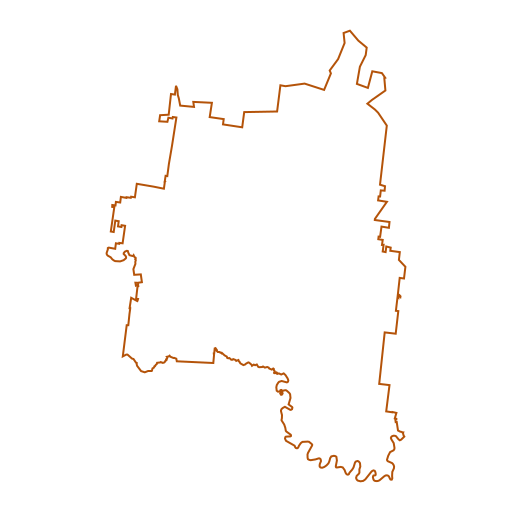 González, Tamaulipas, Mexico
{"feature_id": "50627088B9709578345149", "entity_name": "González", "entity_type": "district", "adm_level": 2, "iso_a3": "MEX", "parent_name": "Mexico", "parent_adm1": "Tamaulipas", "projection": "robinson", "projection_center": [-98.554, 22.79], "detail": "fine", "context": "isolated", "style": "outline", "palette": "amber", "viewbox_px": 512, "rotation_deg": 0, "n_neighbors": 0, "source": "geoboundaries", "source_scale": "gbopen_adm2", "svg_char_len": 6087}
<svg xmlns="http://www.w3.org/2000/svg" viewBox="0 0 512 512"><path d="M405.4,266.8L398.9,259.9L399.8,252.1L390.3,250.8L390.7,247.6L386.3,246.5L385.6,252.1L382.7,251.5L383.6,244.8L382.0,244.9L382.7,239.9L378.3,239.2L378.6,236.6L380.1,236.8L381.5,226.6L388.9,227.8L389.5,222.0L374.8,220.0L374.9,218.9L386.9,201.8L378.1,200.4L378.6,196.4L380.1,196.5L380.8,190.4L384.6,190.7L385.0,186.2L380.0,184.7L386.8,125.6L378.1,112.7L374.9,109.5L367.4,103.7L372.0,99.9L385.4,90.5L384.3,78.1L385.2,77.8L381.9,73.1L372.3,71.3L367.9,87.9L356.9,83.9L359.9,66.7L365.7,55.1L366.7,47.6L358.3,40.6L349.9,30.7L343.6,33.0L344.6,43.0L338.1,59.1L329.7,70.5L330.9,73.4L324.1,89.9L304.6,83.6L285.5,86.2L280.4,85.3L277.1,111.5L244.2,112.1L242.2,127.3L223.0,124.4L223.7,119.1L209.7,117.1L211.9,102.8L193.3,101.9L194.0,106.9L180.2,105.6L178.8,98.3L177.8,95.0L177.4,89.3L176.0,85.8L174.9,94.6L171.0,94.0L168.7,114.7L160.1,115.2L159.2,121.3L167.4,121.8L168.4,117.7L172.5,118.5L172.8,117.0L176.4,117.5L172.0,145.8L168.9,163.9L167.3,176.1L165.6,175.8L164.8,181.2L165.1,181.4L164.6,182.0L164.8,182.2L163.9,188.7L153.4,186.6L136.8,183.8L134.9,197.3L131.1,196.7L130.8,197.8L126.5,197.2L126.4,197.9L120.9,196.9L120.2,202.5L115.9,201.9L115.5,205.4L112.3,205.0L112.2,206.9L114.3,207.2L110.8,231.5L113.7,232.0L115.3,220.6L118.7,221.2L118.0,226.4L121.4,227.0L121.6,225.2L125.1,225.8L122.6,243.3L119.3,242.9L119.2,243.8L115.9,243.3L115.2,248.8L108.8,247.6L108.0,247.9L107.8,248.1L107.9,249.2L106.7,252.7L106.6,253.7L106.9,254.6L107.7,255.6L110.7,257.3L112.2,259.2L113.6,260.3L115.1,261.1L120.1,261.4L123.6,260.2L125.9,258.3L126.1,257.8L126.0,256.8L125.4,255.7L123.7,254.0L123.7,253.2L124.8,251.7L126.8,250.8L127.8,251.0L128.3,252.7L129.5,255.2L132.5,256.0L133.2,255.8L133.6,255.2L134.5,257.1L135.6,257.7L135.7,258.6L135.2,259.2L135.8,260.1L135.3,261.9L135.4,263.9L133.4,269.1L134.2,274.8L140.8,274.4L141.9,282.2L137.6,282.8L135.4,282.7L135.9,285.6L138.1,284.6L138.3,286.3L137.5,286.7L136.1,298.8L138.0,299.0L137.5,300.8L137.3,301.1L131.2,297.8L129.6,308.0L130.2,307.9L130.2,308.7L129.5,313.7L128.3,325.2L126.7,325.2L122.8,356.4L126.2,354.6L127.5,354.6L132.0,358.6L133.5,359.0L136.0,362.7L136.7,362.9L136.7,364.3L137.1,365.8L141.1,371.1L144.8,372.3L148.1,371.0L151.6,371.0L151.9,370.8L152.5,368.4L153.8,367.7L154.5,366.2L155.0,366.2L155.8,364.8L156.8,364.0L157.1,362.8L160.4,362.4L160.7,362.1L161.6,362.5L161.8,362.4L162.7,362.9L164.0,362.6L165.2,361.5L165.3,360.9L166.2,360.3L166.1,359.6L166.6,359.5L166.5,359.0L167.1,358.5L167.3,357.4L166.9,356.8L168.7,356.4L169.6,355.7L170.3,356.7L173.5,358.0L174.3,357.9L176.3,358.7L176.8,361.3L213.3,363.0L214.0,355.3L213.8,353.5L214.2,353.5L214.7,348.4L215.5,348.1L216.9,350.1L216.5,350.7L217.8,352.0L219.4,352.0L220.2,352.6L220.4,352.4L221.1,352.6L221.8,353.4L222.1,353.1L224.6,355.4L226.8,356.6L227.2,357.9L228.2,358.3L229.2,358.0L230.1,358.6L231.2,359.7L232.2,359.8L232.9,359.5L233.2,359.1L235.6,360.0L236.2,360.9L238.4,360.0L238.9,361.4L239.5,361.7L240.3,363.3L243.4,365.1L245.1,364.5L246.1,363.6L248.3,362.4L249.2,362.7L251.5,364.7L252.0,365.8L253.8,364.6L255.1,365.2L256.8,364.5L258.2,366.8L259.1,367.2L262.3,367.0L263.0,366.5L264.9,367.6L267.2,367.0L268.7,367.6L269.2,368.5L271.8,369.6L273.2,368.5L273.8,368.9L274.0,370.4L274.8,371.3L274.8,371.9L274.1,372.5L274.2,373.1L274.9,373.2L276.6,372.4L276.9,372.7L276.3,373.2L277.2,373.9L278.9,373.4L281.2,374.5L283.7,373.4L285.5,375.1L287.6,378.4L288.3,380.3L288.0,381.7L286.9,382.4L281.7,381.0L279.1,381.8L278.3,382.6L276.8,385.0L276.3,387.3L276.7,390.7L278.0,391.7L279.6,391.4L280.2,390.9L280.5,390.1L281.4,390.0L281.5,390.4L281.3,391.1L280.2,393.5L281.1,394.8L281.8,394.7L282.6,393.6L282.2,391.8L282.8,390.7L285.3,390.2L286.1,390.3L287.1,391.0L289.3,393.0L290.1,394.2L290.5,398.0L288.6,404.4L292.2,407.1L292.4,407.7L292.0,409.2L290.8,409.9L290.0,409.7L284.9,406.8L282.9,407.9L281.6,409.0L281.0,410.3L281.0,411.2L282.0,415.1L281.9,418.2L281.5,420.1L281.7,420.6L284.2,424.5L285.3,427.8L285.8,430.8L286.3,431.5L290.6,434.6L291.0,435.2L290.9,436.1L290.4,436.4L286.5,436.6L285.8,436.7L285.3,437.2L285.0,438.6L286.0,440.8L294.6,445.7L295.3,447.4L295.9,448.0L297.0,448.3L298.1,447.7L299.0,445.7L300.8,443.1L302.4,441.9L307.6,441.6L309.0,441.8L311.7,444.0L312.2,444.7L312.1,445.5L308.0,452.9L307.5,454.5L307.6,457.9L308.0,459.2L309.3,459.9L310.7,460.2L315.5,459.4L318.6,458.4L319.6,458.4L320.5,459.1L320.9,460.3L320.9,461.4L319.9,463.7L319.6,465.2L319.7,466.6L320.4,467.4L321.3,467.7L322.4,467.7L324.4,466.9L326.5,465.4L328.4,463.4L329.3,461.4L330.2,458.1L331.3,456.4L333.9,455.8L335.6,456.2L336.4,456.9L336.9,460.5L335.8,466.2L335.9,467.0L336.2,467.4L336.9,467.5L340.7,466.9L342.7,467.4L344.6,470.0L345.6,472.8L346.4,474.0L347.3,474.6L348.1,474.6L348.9,474.1L349.5,472.7L352.2,469.6L353.5,467.5L355.0,462.6L355.7,461.6L357.4,461.0L358.4,461.3L359.3,462.1L360.0,463.2L360.3,466.6L359.4,469.3L359.4,472.7L358.9,473.7L356.7,475.9L356.1,477.8L356.3,478.7L356.9,479.8L357.8,480.6L360.5,481.3L363.2,480.9L365.3,479.4L371.3,471.8L372.3,470.9L373.5,470.4L374.7,470.8L375.2,471.7L375.6,473.2L375.7,474.5L375.5,475.1L375.0,475.4L373.5,475.5L373.1,476.2L372.9,477.3L373.5,479.6L374.1,480.4L375.0,480.9L376.4,481.1L377.8,481.0L379.5,480.3L384.2,476.3L385.5,475.5L386.9,475.3L388.1,475.7L388.9,476.4L389.9,478.6L390.5,479.5L391.2,479.7L391.8,479.6L392.3,478.3L392.1,476.0L392.3,471.9L393.9,468.4L394.1,466.6L393.7,465.2L392.8,463.8L392.1,463.1L387.8,461.2L387.2,460.5L387.0,459.7L388.2,455.8L390.1,452.1L393.6,450.3L394.3,449.2L394.5,448.0L393.7,443.1L391.4,439.4L390.9,438.0L391.3,436.9L392.1,436.2L393.6,435.7L394.9,435.8L396.0,436.2L398.5,439.3L399.8,440.3L401.1,439.7L404.3,436.6L403.6,435.5L403.0,433.3L403.2,432.5L402.5,432.6L401.9,432.0L400.1,431.6L398.0,430.5L396.7,421.9L395.7,422.1L395.3,419.4L397.1,419.0L394.8,418.4L396.4,412.9L392.4,412.0L392.3,412.3L386.2,411.4L389.5,385.1L379.2,383.9L384.7,332.4L395.7,333.7L398.3,311.1L395.9,310.8L397.6,296.5L398.5,297.5L398.7,295.6L399.1,296.0L399.4,295.8L400.4,296.9L400.5,296.3L399.5,295.2L399.2,295.6L397.9,294.1L399.7,277.9L404.0,278.5L405.4,266.8Z" fill="none" stroke="#b45309" stroke-width="2"/></svg>